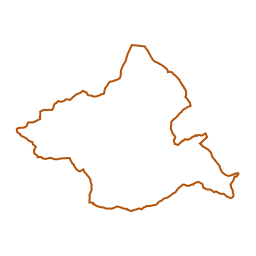 outline of Bradeni, Sibiu, Romania, rotated 181°
{"feature_id": "2599482B92641701447003", "entity_name": "Bradeni", "entity_type": "district", "adm_level": 2, "iso_a3": "ROU", "parent_name": "Romania", "parent_adm1": "Sibiu", "projection": "albers", "projection_center": [24.875, 46.06], "detail": "fine", "context": "isolated", "style": "outline", "palette": "amber", "viewbox_px": 256, "rotation_deg": 181, "n_neighbors": 0, "source": "geoboundaries", "source_scale": "gbopen_adm2", "svg_char_len": 5675}
<svg xmlns="http://www.w3.org/2000/svg" viewBox="0 0 256 256"><g transform="rotate(181 128 128)"><path d="M238.8,125.5L239.0,125.4L239.2,124.1L238.9,123.0L238.7,122.0L236.9,120.6L235.8,120.3L235.6,120.0L235.6,119.4L235.4,118.8L233.4,117.7L231.4,116.9L229.2,115.7L228.8,115.4L228.4,114.7L227.2,113.8L226.9,113.4L223.3,112.2L222.8,110.0L219.9,107.7L221.2,104.7L221.3,104.0L221.6,103.9L221.6,103.2L221.3,101.1L221.2,100.9L219.3,99.6L217.6,98.1L217.4,97.7L217.7,97.2L217.2,97.1L216.7,97.3L214.3,97.5L212.9,96.2L212.2,96.2L211.5,95.9L210.6,95.7L209.6,95.7L205.9,96.7L205.3,96.8L203.4,96.4L201.2,95.5L200.3,95.6L199.0,95.4L197.5,95.6L196.4,96.1L194.4,96.2L193.0,96.6L189.4,96.7L187.7,96.9L186.0,96.9L185.5,96.5L185.1,95.4L184.5,94.1L183.1,91.7L182.5,91.0L181.6,90.7L181.5,90.4L181.5,89.8L181.4,89.2L180.4,88.1L179.3,86.3L178.4,85.4L176.5,84.1L175.6,83.8L173.8,84.7L172.8,85.0L172.0,85.8L170.6,83.0L169.4,81.9L167.8,79.8L166.6,78.6L165.5,77.1L164.7,75.6L164.5,74.6L164.4,73.3L163.5,71.1L163.3,70.3L163.6,67.7L163.2,65.9L164.4,62.5L165.2,61.0L165.4,60.1L165.3,59.4L165.0,58.4L165.0,57.7L165.2,56.6L165.3,52.9L163.0,52.8L161.0,52.1L161.4,51.3L159.4,50.2L156.7,49.1L154.2,48.4L153.0,48.3L150.7,48.0L149.8,47.5L148.4,47.0L142.9,47.1L140.3,47.9L138.4,49.1L137.6,49.3L135.6,49.0L131.6,47.7L130.8,47.3L128.7,47.1L127.9,47.2L127.2,46.8L127.2,46.7L127.2,46.3L126.9,46.1L126.4,45.9L125.9,46.0L125.4,45.6L123.7,45.3L123.0,45.1L122.2,45.3L120.2,46.3L117.1,47.0L115.7,47.8L115.3,47.8L114.5,47.4L113.9,47.4L112.7,47.0L111.6,48.2L111.4,48.6L109.2,49.4L108.9,49.9L108.4,50.2L104.0,50.5L101.5,51.2L98.9,51.6L97.0,53.2L96.8,53.8L96.5,54.2L95.8,54.8L93.2,55.9L92.2,56.8L91.5,57.6L90.3,58.3L88.2,58.8L86.3,59.7L82.8,62.4L82.5,62.8L82.0,63.2L79.6,64.4L79.0,65.1L78.5,66.1L77.1,68.1L75.3,69.8L74.3,70.5L72.6,72.0L71.9,72.4L70.7,72.3L69.4,72.0L67.9,71.1L66.6,71.1L66.0,71.5L64.7,71.8L63.2,72.6L62.6,72.8L61.7,72.6L61.3,73.3L59.8,74.3L58.2,74.9L56.9,75.2L56.2,75.2L55.6,74.9L52.7,73.3L52.5,73.0L51.8,69.9L51.6,69.7L50.8,69.5L49.7,68.6L47.4,67.9L45.4,67.9L44.9,68.0L44.1,67.7L43.7,67.2L42.4,66.6L41.2,65.4L40.4,65.4L39.5,66.0L38.5,65.9L37.8,65.8L37.1,64.9L36.3,64.5L35.5,64.5L33.7,63.7L33.0,63.6L32.2,63.9L31.2,63.8L30.2,63.2L28.2,61.4L27.3,60.9L24.6,59.9L23.8,59.8L23.3,59.9L22.6,60.3L21.6,61.2L21.4,63.2L21.5,64.1L22.0,64.7L22.1,65.1L22.1,66.8L22.1,67.4L23.9,70.4L24.0,70.9L23.9,72.2L24.6,73.5L23.5,74.9L21.8,77.2L20.6,81.4L19.2,81.2L18.8,81.2L17.9,82.4L16.9,84.1L16.8,84.5L17.0,84.7L17.3,84.7L19.9,84.3L23.8,82.6L25.9,81.9L26.9,81.8L29.6,82.8L30.2,83.2L33.1,85.4L34.6,88.0L35.6,90.7L35.7,91.6L39.3,95.9L40.4,97.0L40.6,97.5L42.9,100.3L43.8,102.3L44.2,104.0L44.4,104.5L45.0,105.2L45.9,106.2L47.0,107.5L53.2,111.2L53.6,111.4L53.9,111.8L54.0,112.2L54.3,112.3L54.4,112.8L54.7,112.8L55.1,113.2L55.8,113.7L49.2,119.8L49.2,119.7L48.7,120.1L50.4,123.9L51.3,123.6L52.5,122.5L53.7,121.9L55.0,121.8L56.2,122.2L57.7,122.1L59.4,121.3L59.6,122.0L60.0,121.9L61.2,121.3L62.3,120.4L62.9,120.5L63.6,120.3L64.4,119.2L65.0,118.7L67.8,117.4L69.7,117.4L70.7,117.9L71.2,117.6L72.0,116.5L73.3,116.2L73.6,115.9L73.6,115.5L74.1,115.4L75.1,114.3L76.2,113.5L76.5,112.9L77.3,112.1L77.6,112.0L78.4,112.0L79.6,112.6L81.0,112.8L81.1,113.4L81.8,115.5L81.9,116.3L81.8,117.2L81.4,117.5L81.3,117.9L80.8,118.5L80.6,119.1L80.6,119.7L81.8,121.8L82.6,122.3L83.2,123.5L83.7,124.4L84.2,125.7L84.7,126.7L85.0,127.5L85.2,129.6L84.8,132.1L84.8,134.3L84.7,134.8L84.2,135.7L83.4,136.4L82.6,137.4L81.4,138.2L79.6,139.8L78.2,141.5L77.5,142.3L76.6,143.6L74.7,145.0L74.5,145.3L73.3,147.2L72.1,147.8L70.5,148.8L68.4,150.2L65.8,151.1L65.8,151.7L66.4,153.3L66.6,154.7L67.8,155.7L68.6,157.4L71.2,159.9L71.1,160.2L70.8,160.6L70.7,161.1L70.5,162.9L70.5,164.8L70.7,165.9L71.2,167.0L72.5,169.2L72.8,169.2L72.8,169.9L73.2,170.3L73.5,170.8L73.8,171.2L74.5,171.6L74.5,172.5L76.0,174.2L76.6,175.3L77.0,175.9L77.4,177.1L77.8,177.2L78.2,177.8L80.8,180.6L83.0,182.3L83.5,182.6L83.9,183.2L84.9,184.4L85.5,184.6L87.5,185.0L89.0,184.6L89.0,184.9L89.2,185.3L89.3,186.0L90.3,187.7L90.7,188.1L91.6,188.7L92.6,189.6L94.9,191.2L95.1,191.5L95.8,191.9L96.5,192.0L98.9,193.5L101.7,194.6L103.1,195.4L104.5,196.9L105.5,198.4L106.4,199.8L107.0,201.1L109.2,204.8L109.8,206.1L110.9,207.1L111.5,207.8L112.6,209.9L122.9,210.8L125.7,210.9L125.9,210.2L126.1,210.0L126.0,209.7L127.0,208.0L127.0,207.7L127.3,207.5L127.6,206.3L128.9,203.7L129.7,201.6L130.4,199.1L130.8,198.1L131.0,196.7L131.5,195.2L132.1,194.1L132.5,193.0L133.6,191.4L135.0,188.3L135.5,186.8L136.0,185.3L136.2,183.1L136.1,181.7L136.3,180.2L136.5,179.1L137.0,177.9L137.8,177.2L139.4,176.2L143.0,175.0L145.2,174.2L146.7,174.1L147.8,173.2L148.6,171.8L149.5,169.9L151.2,168.0L151.8,167.0L152.5,162.3L152.6,162.0L152.8,161.8L153.3,161.6L154.9,161.3L155.6,161.1L156.7,160.3L159.4,159.3L161.9,158.8L163.1,158.9L165.3,159.8L166.6,159.8L168.7,160.2L169.7,161.9L170.2,162.9L170.8,163.2L171.8,163.4L172.8,163.7L173.5,164.4L174.2,164.1L175.7,162.7L176.7,162.1L177.8,161.6L179.4,161.2L179.8,160.7L180.6,160.4L182.3,158.9L183.4,158.2L184.4,157.1L185.2,156.0L186.3,155.2L187.1,155.1L188.7,155.5L190.5,155.6L191.1,155.3L191.8,154.4L192.6,153.9L193.5,153.5L195.8,153.0L198.3,153.7L199.1,153.0L199.5,152.2L201.2,151.2L201.9,150.5L202.3,149.7L202.8,148.3L203.0,146.9L203.2,146.3L203.9,145.3L204.4,144.8L204.9,144.7L207.0,144.8L210.0,144.5L210.6,144.7L212.4,144.7L213.5,144.2L214.5,143.7L215.5,143.0L216.1,142.8L216.0,141.4L216.0,139.9L216.1,137.9L216.4,137.2L216.1,136.7L215.9,136.0L215.9,135.5L216.0,135.3L216.8,135.1L220.8,133.0L223.3,131.9L227.8,131.9L228.2,131.3L228.7,130.0L229.1,128.7L229.4,128.1L231.1,127.0L231.9,126.6L232.9,126.4L235.0,126.4L236.4,126.2L237.3,126.1L238.8,125.5Z" fill="none" stroke="#b45309" stroke-width="2"/></g></svg>